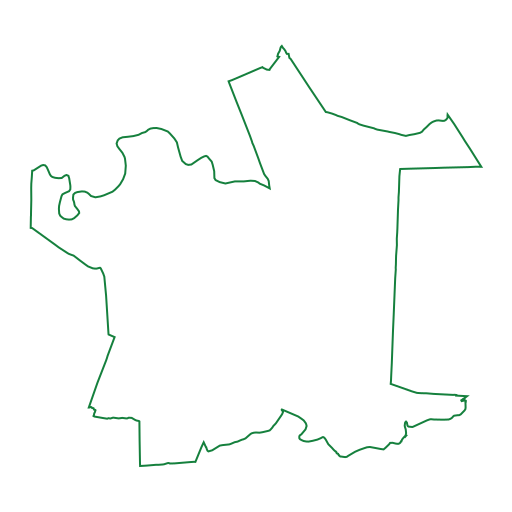 Ciolpani, Ilfov, Romania
{"feature_id": "2599482B77312801747207", "entity_name": "Ciolpani", "entity_type": "district", "adm_level": 2, "iso_a3": "ROU", "parent_name": "Romania", "parent_adm1": "Ilfov", "projection": "equal_earth", "projection_center": [26.1, 44.727], "detail": "fine", "context": "isolated", "style": "outline", "palette": "green", "viewbox_px": 512, "rotation_deg": 0, "n_neighbors": 0, "source": "geoboundaries", "source_scale": "gbopen_adm2", "svg_char_len": 5941}
<svg xmlns="http://www.w3.org/2000/svg" viewBox="0 0 512 512"><path d="M174.2,138.3L169.8,133.4L167.8,131.5L161.4,129.0L156.6,128.0L153.3,128.1L150.4,128.6L148.1,129.8L147.1,130.8L145.3,132.1L142.0,133.0L138.6,134.8L133.3,136.1L127.6,136.8L122.6,137.3L119.4,138.6L117.7,140.4L116.6,143.5L117.4,146.3L119.3,148.9L122.4,152.8L124.5,156.9L125.0,158.7L125.5,163.0L125.8,165.7L125.2,173.6L123.1,179.2L120.1,184.3L118.4,186.3L115.0,189.7L112.5,191.7L104.0,195.3L100.5,196.4L95.4,197.3L91.0,196.0L89.0,194.0L87.4,192.7L84.8,191.6L81.9,191.4L77.3,192.1L75.1,192.9L73.4,194.5L73.0,197.7L73.1,199.7L73.8,201.3L74.2,202.8L74.4,204.3L74.9,206.0L77.3,209.0L79.0,211.4L79.2,213.0L77.4,215.3L74.1,218.2L71.7,219.4L69.0,219.6L66.3,219.3L63.7,218.6L61.5,216.9L60.2,215.7L59.2,213.5L58.9,208.8L59.1,205.9L59.9,202.2L61.5,196.2L62.1,195.0L62.5,194.3L65.0,193.0L69.1,191.2L70.3,189.4L70.4,186.8L70.3,185.3L69.2,178.4L68.4,175.8L66.5,175.0L64.5,175.8L61.7,178.0L58.7,178.2L55.1,177.8L52.4,177.0L51.0,176.0L49.9,174.4L47.9,169.7L46.7,167.1L45.2,165.4L43.2,165.0L41.2,165.6L33.7,170.4L32.2,170.7L31.8,177.2L31.3,183.6L31.2,187.9L31.3,200.1L31.0,213.5L31.0,215.5L30.9,216.7L30.7,227.9L32.2,228.1L55.8,245.2L58.6,247.3L60.9,248.8L67.2,252.9L68.7,253.8L71.0,254.7L73.6,255.6L80.1,260.6L84.8,264.1L88.0,266.4L92.7,268.3L94.9,268.6L96.6,268.6L99.7,267.8L100.1,267.8L100.4,268.0L100.8,268.5L103.2,273.5L103.9,275.5L104.3,276.6L106.1,295.8L108.5,334.1L108.6,334.5L114.6,337.1L107.6,355.8L106.9,358.2L106.1,360.5L97.5,382.6L88.8,407.5L89.3,407.5L89.7,407.1L90.2,407.2L90.8,407.0L91.5,407.2L91.7,407.7L92.1,408.0L93.5,408.2L93.6,408.4L93.9,409.4L94.0,409.6L95.2,409.9L95.5,410.2L94.8,412.4L94.4,413.0L94.1,414.0L93.9,415.2L93.5,415.9L93.5,416.1L94.7,416.6L102.8,418.0L107.2,418.7L108.4,418.2L110.4,418.5L112.9,417.7L113.6,417.7L118.7,418.4L122.3,417.9L126.1,418.4L127.2,418.4L128.8,417.7L131.7,417.9L134.9,419.8L136.4,420.5L138.9,421.0L139.4,421.4L139.6,440.4L140.0,463.6L140.1,466.0L146.6,465.6L156.0,464.8L158.6,464.8L162.5,464.5L164.0,464.3L167.4,463.2L168.4,463.0L169.6,463.3L169.9,463.5L170.3,463.5L174.5,463.4L189.9,462.1L194.1,461.8L195.4,461.9L201.5,447.0L203.7,442.3L205.9,447.1L206.2,447.2L206.8,449.2L207.5,450.7L208.4,451.4L212.2,450.3L219.8,445.6L222.6,445.1L229.3,444.4L231.0,443.8L234.7,442.2L237.6,441.6L240.2,440.4L242.2,439.6L243.5,439.3L244.1,439.0L245.5,438.4L249.6,434.8L250.8,433.8L252.0,433.2L253.9,432.7L256.0,432.5L259.5,432.7L262.5,432.2L268.1,430.9L269.7,430.4L270.8,429.3L272.3,427.6L273.4,425.9L274.7,424.6L275.9,423.3L281.4,415.3L282.2,414.0L282.9,412.3L283.0,411.9L283.0,411.5L282.7,411.1L282.0,410.5L281.8,410.1L281.7,409.8L281.9,409.5L298.2,416.5L301.4,418.7L303.7,420.4L305.7,423.1L306.2,424.3L306.6,426.0L305.5,429.4L301.3,434.4L299.9,435.3L299.5,435.9L299.3,436.6L299.3,437.9L299.4,438.4L300.0,439.2L301.6,440.1L303.6,441.0L306.3,441.5L308.5,441.6L312.7,440.8L317.4,439.6L320.7,438.2L322.7,437.1L323.3,437.1L324.0,437.5L324.9,438.4L325.8,439.7L328.3,444.2L332.1,448.0L333.4,449.5L334.4,450.5L335.2,451.2L335.4,451.2L335.6,451.3L335.9,451.8L336.3,452.0L336.7,453.3L338.1,453.8L338.3,454.5L338.7,454.8L338.8,455.2L339.2,455.4L339.4,455.9L340.3,456.5L340.8,456.5L345.1,457.1L346.5,456.9L347.2,456.6L348.1,455.9L355.2,451.7L359.6,449.8L363.9,448.3L366.9,447.3L368.7,447.1L369.9,447.0L374.9,447.9L380.7,449.0L383.6,449.4L385.5,447.8L389.1,444.3L390.1,442.9L392.6,442.8L395.8,443.6L397.4,443.8L398.4,443.8L399.4,443.4L400.3,442.7L400.9,441.4L401.4,441.4L401.6,440.8L402.1,439.5L403.7,437.5L404.5,436.7L405.0,437.0L406.1,435.7L405.4,435.6L405.8,434.8L406.1,433.1L405.7,429.3L404.9,426.8L404.7,425.5L404.9,424.2L405.0,423.1L405.3,422.3L406.0,421.6L406.9,422.6L407.5,425.7L407.8,426.1L408.6,426.6L412.3,427.0L413.2,426.7L426.9,420.4L429.7,419.4L430.9,419.2L433.8,419.5L443.4,419.7L448.6,419.5L450.5,418.8L452.0,417.8L453.3,416.3L454.1,415.7L457.8,415.2L459.1,415.2L460.7,414.4L464.5,410.5L465.4,409.1L465.6,407.5L465.5,403.6L465.4,401.6L465.8,401.6L465.8,400.9L465.3,400.9L464.9,400.5L464.6,400.4L461.7,401.1L461.3,400.3L463.3,399.0L463.5,399.4L464.3,398.9L463.9,398.5L464.1,398.4L467.0,396.2L456.2,395.6L456.3,395.0L454.5,394.8L453.1,394.9L433.6,393.9L426.6,393.3L421.4,393.2L417.0,392.9L412.0,391.4L390.7,383.9L391.0,380.7L391.2,375.6L391.8,363.2L393.0,330.7L393.7,314.9L395.2,278.1L395.8,269.4L395.7,267.9L395.9,264.4L396.0,259.0L396.1,255.6L396.9,245.2L396.8,238.6L397.2,232.8L397.4,228.2L398.0,209.5L398.5,200.3L398.5,197.2L398.9,192.0L399.4,176.2L400.1,169.4L400.2,169.0L409.7,168.7L435.4,168.0L443.6,167.7L468.4,167.1L476.5,166.7L481.3,166.8L469.8,148.5L464.8,140.9L462.8,137.6L454.2,124.1L447.6,114.6L447.5,115.6L447.6,117.7L446.8,118.9L445.6,120.1L444.2,120.8L442.7,120.9L438.6,120.4L436.6,120.5L435.3,120.9L433.3,121.6L431.6,122.5L429.6,124.0L426.5,127.1L423.8,129.5L422.0,131.7L420.1,132.8L414.3,134.2L409.5,135.0L405.9,135.9L401.4,134.9L399.1,134.1L394.9,133.0L389.2,131.9L387.7,131.5L377.3,129.6L375.2,128.9L374.0,128.3L363.4,125.6L359.3,124.3L357.5,123.3L357.3,123.0L350.0,120.3L341.7,117.0L337.5,115.8L336.1,115.1L332.1,113.6L327.6,112.3L325.8,112.0L309.4,87.5L290.7,59.0L289.4,57.9L288.6,53.9L286.9,53.9L286.0,52.5L285.8,51.8L285.5,51.1L284.2,49.2L282.9,47.8L281.8,46.0L281.0,46.8L280.6,47.6L279.7,50.9L278.1,53.7L277.4,56.4L279.1,56.9L270.0,68.8L269.5,69.9L266.8,69.6L262.5,67.5L262.4,67.2L260.2,68.0L231.8,80.2L228.6,81.3L229.1,82.7L236.6,102.0L241.6,114.5L250.0,136.0L252.0,141.6L252.4,143.2L252.7,143.7L253.0,144.4L253.7,145.9L258.3,158.3L259.9,162.9L264.1,174.0L265.3,175.8L267.7,178.8L268.7,181.0L269.2,185.5L269.7,188.4L264.0,185.4L259.8,183.7L258.3,182.5L255.0,181.0L250.6,180.7L243.8,181.4L234.9,181.4L225.4,183.5L219.7,182.1L215.6,180.1L214.4,178.1L214.2,171.2L212.7,164.8L211.7,161.6L208.9,158.4L207.5,156.6L206.1,155.9L204.2,156.4L201.3,157.8L197.6,160.2L191.4,164.5L188.3,164.9L185.8,164.1L182.2,160.9L180.6,156.6L178.0,147.2L176.9,142.4L174.9,139.3L174.2,138.3Z" fill="none" stroke="#15803d" stroke-width="2"/></svg>